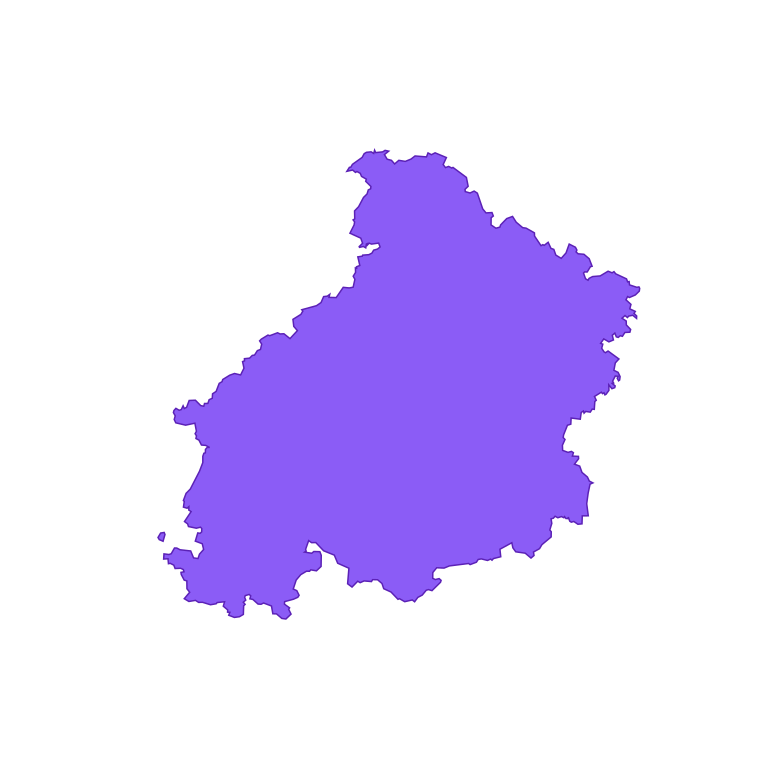 Umbria, Perugia, Italy (orthographic projection), rotated 246°
{"feature_id": "23120603B26790412086965", "entity_name": "Umbria", "entity_type": "district", "adm_level": 2, "iso_a3": "ITA", "parent_name": "Italy", "parent_adm1": "Perugia", "projection": "orthographic", "projection_center": [12.541, 42.991], "detail": "fine", "context": "isolated", "style": "filled", "palette": "violet", "viewbox_px": 768, "rotation_deg": 246, "n_neighbors": 0, "source": "geoboundaries", "source_scale": "gbopen_adm2", "svg_char_len": 6172}
<svg xmlns="http://www.w3.org/2000/svg" viewBox="0 0 768 768"><g transform="rotate(246 384 384)"><path d="M272.8,121.8L269.1,114.2L264.7,117.3L263.0,123.8L259.9,125.8L258.4,129.4L252.9,135.7L251.5,141.3L252.2,142.7L249.9,149.8L246.4,146.8L241.2,149.3L239.2,148.3L238.1,150.3L235.9,148.1L231.6,152.4L230.2,157.3L230.7,161.8L238.5,165.6L239.2,167.5L241.9,166.7L242.8,169.8L245.8,169.9L247.1,171.2L246.6,175.2L244.7,176.1L242.3,174.1L240.5,176.6L234.2,179.4L232.8,182.1L232.9,184.9L227.0,190.9L219.3,189.0L217.7,192.3L211.4,195.3L209.2,198.8L211.6,205.5L217.0,205.3L217.9,206.7L223.4,203.5L225.6,204.7L224.2,213.8L224.2,218.5L225.5,220.5L230.7,220.3L233.6,217.7L240.6,224.0L243.7,230.4L244.5,237.1L243.2,239.8L244.0,241.5L240.8,246.3L242.9,252.3L253.0,257.0L256.9,257.2L259.5,251.8L258.8,249.1L262.7,243.1L263.0,244.9L264.9,245.2L271.6,251.5L268.5,253.3L266.9,257.2L256.2,261.0L247.9,269.0L239.1,268.8L230.0,277.0L216.3,269.5L211.5,272.2L214.5,279.8L212.2,281.4L212.2,285.7L208.6,292.2L209.9,294.0L207.8,298.5L202.6,301.0L197.1,300.5L191.1,305.8L181.6,309.2L181.6,310.8L176.7,314.4L175.2,322.0L172.6,323.4L175.3,328.1L175.6,333.1L178.4,338.7L178.1,341.0L175.7,343.8L179.9,355.0L181.4,356.3L183.8,355.2L184.5,351.3L186.7,349.5L191.9,351.9L194.7,357.4L191.4,364.0L191.2,369.8L185.6,388.3L184.0,389.2L183.6,395.9L185.4,398.7L184.6,401.8L180.7,406.8L180.7,410.2L179.1,411.0L180.0,413.0L178.7,420.4L185.9,422.7L187.0,436.2L181.9,435.1L177.1,436.1L172.0,444.2L165.2,447.5L166.3,451.3L169.7,452.2L170.3,459.1L173.0,462.9L176.3,474.5L181.0,476.7L183.2,476.1L188.4,480.6L192.9,481.8L192.5,484.1L193.6,486.5L191.1,488.4L190.7,492.2L188.7,493.9L189.4,495.0L187.1,495.5L186.2,497.4L187.5,498.2L183.1,497.9L181.6,498.9L181.2,501.5L177.0,504.1L175.7,508.0L182.9,511.5L180.5,517.0L192.2,520.5L201.4,526.2L208.7,531.5L208.7,534.6L211.8,532.1L216.3,532.0L222.7,528.9L229.4,529.4L233.3,525.4L236.6,531.4L238.8,532.2L241.5,526.8L244.2,529.1L246.2,527.8L246.7,524.3L250.7,520.2L255.5,522.1L259.7,526.8L262.2,525.9L264.5,527.4L271.7,534.8L271.3,538.3L276.8,541.1L272.0,549.0L277.8,552.6L278.2,555.2L276.0,554.9L276.9,557.1L274.4,561.0L276.4,564.0L275.3,565.8L282.3,569.5L282.8,571.3L287.0,571.2L288.1,579.2L286.3,579.7L286.5,581.4L284.2,581.4L284.3,582.7L286.7,586.9L291.8,589.0L287.0,590.3L286.8,593.3L288.2,594.4L291.8,592.7L291.5,594.2L293.6,594.0L297.2,598.5L295.8,601.1L294.4,599.4L291.5,599.6L291.8,600.9L294.7,602.7L299.4,602.6L303.0,599.6L309.2,603.9L311.3,608.8L323.0,602.1L322.5,599.1L323.8,598.1L328.1,597.4L331.4,600.1L333.0,598.4L335.8,603.1L331.0,606.6L330.9,611.5L335.7,612.4L336.6,615.6L332.6,615.4L331.3,616.9L332.0,619.5L330.6,621.2L333.1,625.0L331.3,629.7L333.5,631.5L339.4,629.4L343.0,630.9L347.3,628.2L348.5,632.0L345.7,633.4L346.5,635.2L345.6,639.2L341.2,641.4L343.4,642.5L346.8,641.1L348.1,643.1L352.7,639.1L356.3,642.0L362.5,639.3L364.8,642.1L363.2,643.4L363.1,649.8L365.0,655.0L367.4,656.5L369.0,656.4L369.5,654.3L374.7,648.6L377.9,649.6L378.2,648.1L381.4,648.3L390.4,640.5L393.1,639.8L392.8,637.6L395.9,634.6L394.8,625.5L397.3,618.3L397.1,614.3L395.8,612.6L398.2,610.9L404.2,611.4L404.8,612.8L403.7,615.2L407.2,620.3L406.9,622.0L415.0,622.4L421.2,619.4L424.0,614.3L426.5,613.2L427.9,614.7L431.1,614.5L436.5,610.1L429.7,603.6L426.7,597.0L431.9,593.4L437.9,593.9L440.0,591.7L446.7,591.6L445.5,586.7L446.7,585.8L446.5,583.7L457.9,581.7L460.9,582.9L468.6,577.2L470.4,574.3L478.0,570.6L484.8,569.6L485.2,563.4L481.9,555.2L480.2,553.7L480.8,549.6L485.8,546.5L492.3,549.5L493.0,552.2L496.7,552.4L498.8,546.8L503.8,545.4L520.4,546.9L523.6,544.8L523.5,540.3L526.7,536.5L528.9,537.2L530.4,541.3L539.2,543.3L553.8,535.1L553.7,533.8L556.5,531.5L556.7,528.2L560.4,527.3L565.5,533.1L574.4,524.7L574.2,520.6L577.2,518.2L574.2,515.2L579.7,505.1L578.5,500.2L578.7,494.0L582.3,488.5L580.7,483.2L585.3,481.8L588.1,478.3L593.4,477.7L594.8,483.0L597.0,480.0L596.6,477.2L598.8,470.5L601.4,470.5L598.8,468.4L601.3,466.7L602.8,462.2L602.5,459.6L599.9,456.2L597.5,444.5L595.6,441.9L596.0,440.5L593.4,436.6L592.2,442.4L588.9,444.0L589.1,445.7L586.1,448.0L582.8,447.9L578.3,451.2L576.6,449.7L569.8,452.4L567.8,451.2L567.7,448.6L564.5,445.8L562.8,441.2L556.3,432.9L554.1,427.5L546.7,424.4L546.5,422.5L544.1,423.1L541.5,421.4L535.6,414.2L526.7,422.1L521.3,421.7L519.6,417.2L518.8,417.2L518.0,421.1L515.8,422.7L519.1,424.9L519.0,426.1L517.8,425.6L518.7,427.7L516.9,429.5L514.9,436.4L510.8,436.2L509.9,432.9L510.5,429.0L508.5,426.2L508.3,422.8L510.4,416.9L509.6,416.2L510.8,411.8L502.1,410.1L502.3,406.6L500.9,406.1L501.7,405.1L497.5,403.4L495.0,399.7L491.5,400.0L485.0,395.2L485.9,391.3L488.9,386.1L482.4,375.5L485.5,369.0L488.0,370.9L487.3,368.0L488.4,364.4L484.0,359.6L483.0,354.2L485.3,339.1L483.6,339.5L481.4,336.4L480.1,327.1L473.3,325.0L468.0,326.6L463.7,316.6L470.6,313.0L472.0,309.4L474.1,307.6L474.6,299.3L475.9,297.9L474.9,290.2L474.0,287.9L470.2,288.5L465.8,285.2L466.0,281.9L463.1,277.5L463.7,275.3L462.3,271.7L463.9,266.8L461.9,266.0L462.0,263.9L455.4,262.5L450.6,256.7L454.4,251.7L454.8,246.6L453.7,238.5L452.0,237.0L451.6,233.7L445.5,227.6L444.8,223.4L440.8,221.3L440.8,217.9L437.9,215.2L439.2,212.1L437.0,210.3L438.8,207.8L445.9,205.1L448.2,199.3L443.0,194.2L442.8,191.6L445.8,191.6L443.1,188.4L443.3,186.2L446.4,184.0L445.2,181.3L443.6,180.0L439.8,180.3L436.9,177.9L433.2,178.0L427.1,186.0L425.1,195.3L417.1,193.4L415.4,191.2L412.9,191.6L410.7,190.0L408.0,192.1L402.5,192.4L400.4,196.2L396.9,198.9L398.0,196.8L396.9,194.3L393.8,192.8L394.0,191.3L391.7,189.1L385.9,186.5L379.3,179.9L366.8,164.3L364.6,158.7L359.1,153.3L358.0,153.8L353.1,150.7L350.6,153.6L351.3,155.8L348.2,154.4L345.9,155.9L339.5,145.8L336.1,147.7L333.3,147.4L328.6,153.9L327.8,158.2L326.0,158.7L323.0,157.2L322.4,155.3L323.7,153.3L317.2,147.7L312.0,153.0L306.2,151.9L303.6,146.2L300.2,143.1L302.6,139.3L310.1,139.5L315.5,130.3L318.4,128.0L319.4,125.9L315.5,120.6L315.7,118.2L318.3,113.9L313.7,111.5L312.2,115.6L307.5,114.0L307.1,115.8L304.0,118.3L300.4,118.1L298.4,123.2L296.1,125.2L293.8,124.9L294.5,121.9L292.4,121.3L286.1,121.7L284.3,123.8L277.1,120.7L272.8,121.8ZM335.7,115.1L333.2,115.4L330.2,118.2L335.6,122.7L337.8,122.8L338.7,119.3L335.7,115.1Z" fill="#8b5cf6" stroke="#5b21b6" stroke-width="1.5"/></g></svg>